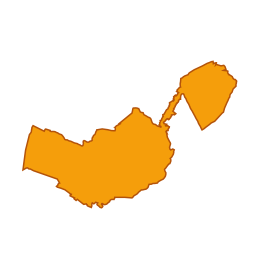 the district of San Simón Almolongas, Oaxaca, Mexico, rotated 15°
{"feature_id": "50627088B54769814665330", "entity_name": "San Simón Almolongas", "entity_type": "district", "adm_level": 2, "iso_a3": "MEX", "parent_name": "Mexico", "parent_adm1": "Oaxaca", "projection": "mercator", "projection_center": [-96.713, 16.412], "detail": "fine", "context": "isolated", "style": "filled", "palette": "amber", "viewbox_px": 256, "rotation_deg": 15, "n_neighbors": 0, "source": "geoboundaries", "source_scale": "gbopen_adm2", "svg_char_len": 5807}
<svg xmlns="http://www.w3.org/2000/svg" viewBox="0 0 256 256"><g transform="rotate(15 128 128)"><path d="M35.7,150.3L35.2,151.9L35.1,152.6L35.3,153.6L35.3,154.6L35.5,156.0L35.6,157.1L34.5,159.9L34.8,175.9L37.4,195.7L40.1,193.0L41.3,192.5L43.0,193.2L44.3,192.9L47.8,193.7L72.9,195.6L76.2,198.9L75.5,199.3L74.9,200.5L75.1,201.3L74.0,202.9L75.0,203.4L78.5,203.5L83.1,204.0L89.6,206.6L91.1,206.8L89.5,207.1L89.6,208.5L94.5,209.4L94.2,210.3L96.6,211.4L97.5,210.0L103.7,212.7L105.0,213.2L107.4,212.1L108.1,212.9L108.5,212.8L108.7,213.1L108.9,213.6L109.5,213.8L111.5,214.1L112.2,213.9L112.6,214.2L113.1,214.3L113.2,213.7L113.2,212.8L113.0,211.7L112.7,210.7L112.9,209.6L114.6,210.1L115.9,208.4L116.0,208.1L118.2,208.2L117.8,209.5L117.8,209.8L118.3,210.3L119.9,210.9L121.6,211.9L123.1,211.9L123.5,211.4L123.9,210.5L123.9,210.0L123.1,209.2L122.2,208.7L122.2,208.0L122.4,207.7L123.0,207.6L123.4,207.8L124.4,208.1L125.2,208.1L126.0,207.7L127.2,206.9L127.8,205.8L129.2,204.0L129.1,203.5L129.3,203.4L129.5,202.4L130.3,201.4L132.4,200.7L132.9,200.7L133.3,199.3L133.1,198.4L142.8,195.8L149.9,194.5L150.4,194.0L151.3,191.9L153.6,189.6L154.2,188.7L154.8,187.3L155.9,185.8L156.9,184.4L158.2,184.0L159.4,183.3L161.2,182.4L162.1,181.3L162.7,180.2L162.9,177.0L165.3,176.1L166.3,175.2L168.5,174.5L170.7,173.5L171.2,172.0L173.4,169.8L175.2,168.3L176.1,166.5L176.6,164.7L176.5,162.7L176.1,161.3L175.3,160.6L174.8,160.0L174.1,158.9L174.1,158.2L174.8,157.0L175.4,155.3L176.7,152.3L177.6,151.6L177.8,150.6L177.9,149.0L177.7,148.0L177.4,147.3L176.6,146.5L177.7,144.9L177.9,144.2L178.3,142.6L178.5,141.9L178.6,141.2L178.5,140.6L178.5,139.7L178.2,139.0L178.3,137.1L176.7,136.7L175.0,138.1L173.9,137.5L173.1,135.8L173.2,132.3L172.7,131.4L171.3,130.0L168.5,126.9L166.5,122.8L166.9,122.9L166.5,122.4L165.7,121.9L165.9,121.6L165.8,121.1L165.9,120.6L166.5,120.6L167.3,120.2L167.4,119.9L167.0,119.1L167.0,118.9L167.6,117.2L167.7,116.8L167.6,116.1L166.5,116.1L166.1,115.6L165.6,115.4L164.8,115.9L163.9,116.2L163.7,116.1L164.2,115.4L164.4,114.4L161.7,114.5L161.5,114.3L161.2,113.5L160.9,113.3L161.1,113.1L161.3,112.5L161.9,112.0L162.5,110.7L162.3,110.6L163.4,108.9L163.6,108.8L164.5,109.4L164.9,109.5L165.5,109.1L165.3,108.4L165.9,108.0L166.5,106.8L166.5,105.8L166.9,105.2L167.0,104.9L166.6,104.3L166.6,104.1L167.9,103.6L168.3,103.3L169.6,102.7L169.7,102.9L170.5,101.8L167.0,100.2L167.6,97.9L167.1,97.3L167.7,96.6L167.7,95.9L168.0,95.1L167.9,94.0L168.4,93.3L168.3,92.4L168.7,92.1L168.9,91.6L169.0,91.5L168.8,91.2L168.8,90.9L169.6,90.3L169.9,89.5L169.9,89.1L169.6,88.4L169.6,88.2L170.3,87.4L170.5,86.8L171.3,86.6L171.0,85.6L170.6,83.2L170.8,82.0L171.0,81.4L171.6,81.0L172.3,80.7L173.1,80.9L174.9,83.5L176.2,84.5L177.7,86.5L178.4,87.3L180.2,89.0L180.7,89.5L183.3,92.9L184.9,94.4L185.3,94.7L189.4,99.1L190.1,99.7L190.1,99.9L191.5,101.4L193.7,103.5L194.6,104.9L196.2,106.6L197.2,107.5L199.3,110.0L200.0,110.7L201.7,108.9L202.8,107.3L206.2,103.0L206.4,102.5L207.3,101.4L210.0,99.1L214.4,90.6L215.2,89.1L216.1,88.0L216.1,83.8L217.0,77.7L217.4,75.8L217.7,73.3L218.0,72.3L218.3,71.7L218.0,70.8L218.0,69.0L219.2,66.5L219.4,63.3L220.3,61.6L221.5,59.7L221.5,59.4L221.1,58.7L221.0,57.5L221.1,56.9L220.7,55.5L220.9,55.4L220.8,54.6L220.6,54.5L220.4,54.2L218.9,53.4L218.5,53.6L217.3,53.3L216.7,52.9L215.4,51.4L213.2,50.6L212.3,50.5L211.8,50.5L211.4,50.1L211.5,50.0L210.6,49.6L210.2,49.1L209.8,48.1L209.8,47.3L209.2,47.2L208.4,47.2L205.4,47.6L206.1,47.0L207.2,46.5L207.5,46.1L205.7,43.5L204.3,42.7L201.8,43.9L198.1,43.8L197.0,43.5L196.4,44.4L196.4,42.2L195.3,42.6L193.8,43.8L193.5,42.9L192.9,41.7L192.4,42.1L192.0,42.0L191.4,42.5L190.8,42.8L189.6,43.8L187.7,45.1L183.8,48.8L176.9,54.6L173.0,58.8L172.5,59.8L172.3,60.9L169.4,63.0L169.1,63.4L168.2,64.2L167.6,65.4L166.2,66.5L166.7,69.3L166.9,70.5L166.8,70.9L167.1,72.3L167.8,74.4L168.2,74.8L167.6,75.3L167.2,75.7L166.8,76.3L166.5,77.0L165.5,78.8L166.1,79.4L166.0,80.0L165.8,80.2L166.8,80.4L167.7,80.8L167.4,81.2L167.1,81.5L167.1,82.8L166.7,83.1L166.6,83.9L166.0,84.6L165.3,84.0L164.8,84.6L164.7,85.1L164.0,85.9L164.0,86.2L164.7,86.9L164.2,88.2L164.3,88.5L165.0,88.6L164.9,89.1L165.2,89.4L165.2,89.5L164.6,90.3L164.0,90.2L163.1,91.3L162.9,91.4L162.3,92.2L161.7,92.6L161.5,93.1L162.0,93.7L162.1,93.9L162.0,94.4L162.2,94.7L162.2,95.0L162.2,95.4L162.0,95.5L161.9,95.9L162.0,96.0L162.2,96.5L161.6,97.6L161.6,98.3L161.7,98.6L161.6,99.1L160.5,100.4L160.0,102.2L159.8,103.3L159.4,104.5L159.4,104.9L159.3,105.3L158.2,106.1L158.7,107.3L158.6,107.5L159.0,107.7L158.2,110.2L158.4,111.6L157.2,112.4L157.6,112.8L157.6,113.7L157.2,114.9L157.7,115.7L157.6,116.7L157.3,116.8L157.5,117.8L158.3,117.7L159.3,117.9L159.8,119.0L159.4,118.7L158.9,118.5L158.2,118.5L156.3,118.5L155.4,118.3L154.4,117.8L153.6,117.5L151.5,117.6L150.2,116.8L149.6,116.1L147.8,113.4L147.1,112.8L146.1,112.4L145.1,112.4L143.9,112.1L142.3,111.6L140.1,111.1L139.8,110.9L138.6,109.3L136.8,109.5L135.7,109.3L133.3,106.5L133.0,106.7L131.8,106.4L130.3,106.6L127.9,107.4L127.7,108.3L127.9,110.1L128.0,112.5L118.3,126.0L119.2,126.1L117.9,127.4L116.4,128.8L115.8,129.6L115.5,130.6L115.2,130.8L115.5,130.9L115.6,131.1L116.1,132.5L116.2,133.9L115.5,134.2L112.6,134.8L108.8,134.9L103.3,135.6L98.3,137.9L98.3,139.0L98.0,139.8L97.8,142.6L97.5,143.2L96.8,143.9L96.6,144.4L96.6,145.6L96.1,146.1L96.1,147.3L96.2,148.2L96.6,149.1L96.2,149.8L94.7,150.6L94.2,151.2L93.8,151.7L93.2,152.0L92.0,152.2L90.1,151.6L88.8,151.5L88.2,152.3L88.4,153.4L88.9,154.3L89.0,156.4L88.8,156.9L88.3,157.2L87.5,157.3L86.2,156.8L84.2,156.6L83.2,156.2L80.1,156.3L76.1,155.6L74.7,155.7L73.3,155.5L72.6,155.2L70.9,155.5L69.9,155.4L68.6,153.9L67.0,152.6L65.6,151.7L64.7,151.6L63.4,151.6L61.3,150.9L60.4,150.9L58.6,150.5L57.9,150.5L56.3,150.8L55.2,151.2L54.5,151.3L53.5,151.2L53.2,150.9L53.3,150.5L48.8,150.3L48.3,150.8L47.9,152.8L35.7,150.3Z" fill="#f59e0b" stroke="#b45309" stroke-width="1.5"/></g></svg>